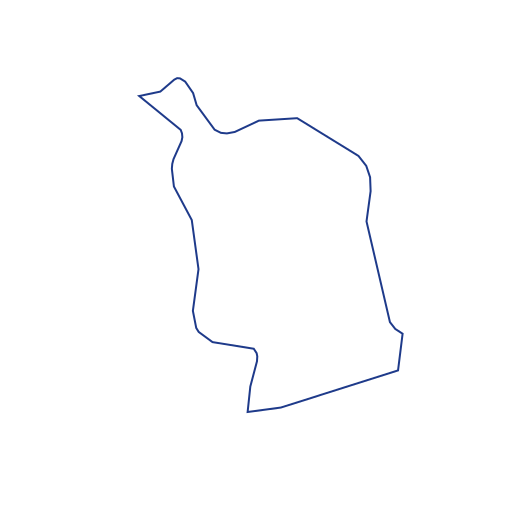 SVG path tracing the border of Westminster, rotated 29°
{"feature_id": "GBR-2080", "entity_name": "Westminster", "entity_type": "London Borough (city)", "adm_level": 1, "iso_a3": "GBR", "parent_name": "United Kingdom", "parent_adm1": "", "projection": "orthographic", "projection_center": [-0.168, 51.508], "detail": "fine", "context": "isolated", "style": "outline", "palette": "blue", "viewbox_px": 512, "rotation_deg": 29, "n_neighbors": 0, "source": "natural_earth", "source_scale": "10m", "svg_char_len": 726}
<svg xmlns="http://www.w3.org/2000/svg" viewBox="0 0 512 512"><g transform="rotate(29 256 256)"><path d="M378.6,347.6L351.2,376.5L324.3,396.5L314.3,372.9L307.9,347.6L305.8,343.2L303.7,340.7L299.0,338.2L259.7,352.4L242.7,350.2L238.6,347.9L227.4,334.6L212.1,295.4L182.4,255.7L150.5,235.0L140.1,220.5L138.1,216.0L136.9,211.3L135.2,191.6L134.0,187.8L131.8,184.6L129.0,182.2L76.3,172.7L92.6,158.6L99.0,141.4L100.8,138.7L103.4,137.5L109.5,137.8L122.0,144.0L131.0,152.9L158.6,165.6L165.6,165.3L171.1,162.9L177.3,157.8L192.9,136.2L225.2,115.5L297.1,118.8L308.7,123.7L317.6,131.8L324.8,143.7L335.9,172.2L405.2,248.9L413.2,252.3L421.9,252.9L435.7,287.2L379.3,346.8L378.6,347.6Z" fill="none" stroke="#1e3a8a" stroke-width="2"/></g></svg>